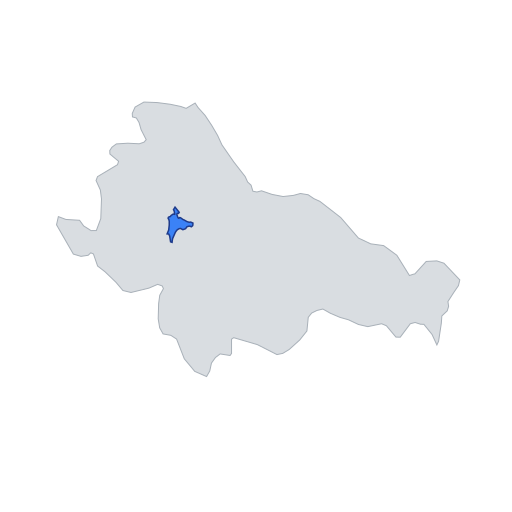 Slovenia, with Vrhnika highlighted, rotated 45°
{"feature_id": "SVN-1004", "entity_name": "Vrhnika", "entity_type": "Municipality", "adm_level": 1, "iso_a3": "SVN", "parent_name": "Slovenia", "parent_adm1": "", "projection": "albers", "projection_center": [14.296, 45.95], "detail": "fine", "context": "in_parent", "style": "filled", "palette": "blue", "viewbox_px": 512, "rotation_deg": 45, "n_neighbors": 0, "source": "natural_earth", "source_scale": "10m", "svg_char_len": 2474}
<svg xmlns="http://www.w3.org/2000/svg" viewBox="0 0 512 512"><g transform="rotate(45 256 256)"><path d="M446.8,191.0L436.0,187.0L423.0,185.6L420.6,187.9L415.5,190.5L413.0,194.8L415.4,211.4L412.3,214.4L397.5,213.1L392.7,215.1L385.0,226.9L376.8,232.0L366.5,235.7L358.8,240.0L349.1,243.9L340.8,246.2L337.6,251.4L335.7,257.0L336.3,262.4L345.0,273.0L346.3,284.4L345.6,298.4L343.8,305.9L340.5,310.9L319.6,317.7L298.0,329.5L297.5,332.1L307.6,342.2L308.0,344.7L299.9,350.6L299.1,356.4L300.2,363.2L304.6,370.0L306.3,376.2L294.3,380.9L278.0,379.4L258.6,370.9L251.9,372.3L245.4,376.8L238.7,374.9L231.3,369.6L220.8,358.5L215.7,351.8L213.6,344.5L210.8,343.5L206.5,345.6L203.0,354.4L193.4,370.2L186.3,374.5L175.5,373.6L160.5,373.9L151.1,375.1L139.6,369.5L136.9,370.6L136.8,374.2L132.5,380.0L125.5,383.8L92.9,375.0L88.4,367.9L95.7,364.6L106.0,355.5L112.9,356.6L121.4,354.7L125.1,350.9L119.8,339.3L106.4,324.9L99.3,319.4L89.5,315.7L87.8,311.9L93.5,289.4L91.9,286.2L80.6,287.2L78.0,284.8L77.2,280.9L78.0,275.5L85.6,266.9L94.1,259.2L96.3,254.8L96.1,251.4L85.4,247.9L78.9,244.3L73.8,243.0L70.3,245.0L67.7,242.7L65.2,236.2L67.9,226.4L77.6,217.4L88.0,209.4L97.0,203.5L102.2,201.0L104.8,190.9L110.1,192.0L120.7,192.6L132.5,195.0L143.6,197.9L153.3,201.5L173.7,205.2L192.2,207.5L197.8,209.6L202.4,209.4L208.0,212.4L211.4,210.1L213.8,206.0L223.8,201.1L233.1,194.8L239.6,186.7L243.2,180.4L249.6,175.8L256.4,174.5L262.6,172.2L288.7,168.9L315.7,170.9L328.5,166.3L338.9,158.4L354.3,156.0L355.1,155.9L378.3,161.3L380.0,157.9L381.0,156.3L380.2,139.5L387.3,131.6L394.0,128.2L417.0,128.8L420.1,133.8L421.6,141.8L423.9,152.5L427.8,155.4L430.0,159.6L429.8,167.0L434.5,172.4L445.4,187.2L446.8,191.0Z" fill="#d9dde1" stroke="#a8b0b8" stroke-width="1"/><path d="M170.8,279.4L171.1,280.7L170.2,281.4L170.3,282.1L171.0,282.8L173.6,284.0L174.4,284.1L174.8,283.8L174.7,283.3L174.9,282.7L175.6,282.3L178.7,281.8L179.5,281.4L182.8,280.5L184.9,279.4L185.8,278.2L188.1,277.3L189.5,278.8L189.8,279.6L189.7,280.2L189.6,281.1L188.2,281.6L187.3,282.6L186.5,284.1L186.9,286.5L185.7,289.1L183.1,289.9L182.8,290.4L182.3,291.0L181.8,293.0L181.9,294.6L182.2,296.2L184.7,302.6L185.5,303.8L187.0,305.7L185.6,306.4L180.8,302.9L178.8,302.2L177.5,303.2L175.9,299.4L172.8,295.5L170.1,292.8L169.0,292.1L168.3,291.7L167.7,291.7L167.1,291.4L166.7,290.6L166.9,289.7L167.5,288.7L167.3,287.4L167.8,284.9L168.9,284.2L169.0,283.9L166.1,281.9L164.9,281.6L164.2,278.7L170.8,279.4Z" fill="#3b82f6" stroke="#1e3a8a" stroke-width="1.5"/></g></svg>